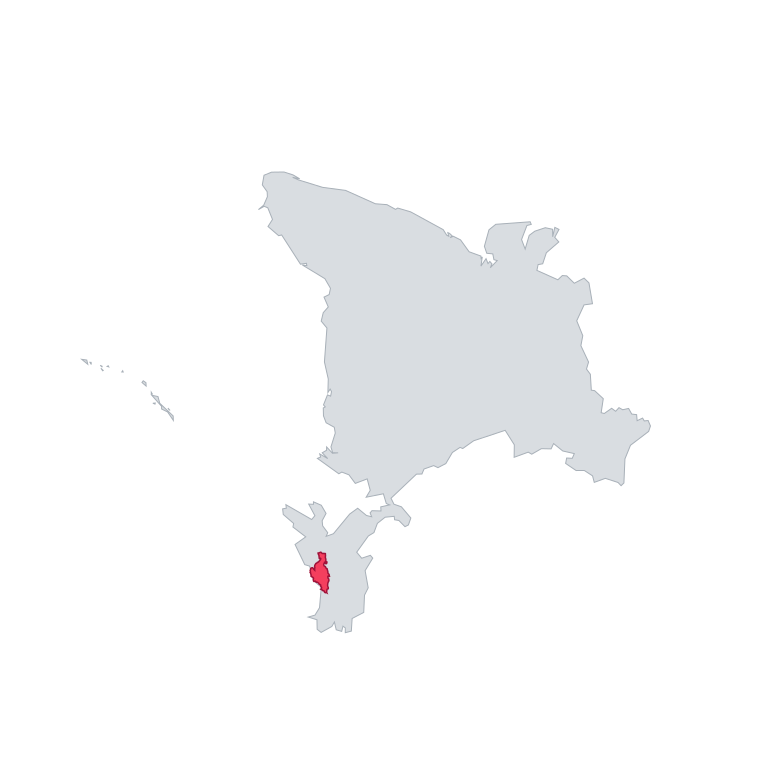 India, with Nagaland highlighted, rotated 130°
{"feature_id": "IND-2479", "entity_name": "Nagaland", "entity_type": "State", "adm_level": 1, "iso_a3": "IND", "parent_name": "India", "parent_adm1": "", "projection": "mercator", "projection_center": [94.35, 26.119], "detail": "fine", "context": "in_parent", "style": "filled", "palette": "rose", "viewbox_px": 768, "rotation_deg": 130, "n_neighbors": 0, "source": "natural_earth", "source_scale": "10m", "svg_char_len": 7240}
<svg xmlns="http://www.w3.org/2000/svg" viewBox="0 0 768 768"><g transform="rotate(130 384 384)"><path d="M153.1,349.3L161.9,347.5L162.8,341.4L179.1,344.0L189.9,339.7L193.5,342.7L198.7,339.9L192.4,317.8L186.3,317.1L183.7,313.5L184.5,303.0L174.3,298.8L174.8,292.0L188.5,275.9L194.8,281.6L211.7,277.0L219.2,262.8L228.1,257.8L235.7,241.4L242.4,238.5L243.9,232.2L255.5,221.2L253.7,218.4L254.3,206.6L266.4,199.2L265.0,196.3L256.3,194.0L256.0,189.0L251.1,188.8L250.3,184.6L245.5,180.9L247.8,174.9L245.1,170.8L249.4,166.5L243.9,164.0L245.0,160.9L242.2,158.2L244.9,152.9L250.2,150.8L272.5,155.8L286.5,151.3L305.6,136.6L309.5,137.0L309.0,141.4L314.0,153.8L324.2,159.7L320.3,165.2L321.5,175.0L326.8,181.2L328.1,193.8L323.3,196.5L319.9,192.0L315.0,193.5L320.4,204.0L320.6,215.8L326.3,214.3L332.4,221.9L342.8,225.7L343.5,229.7L356.5,237.2L346.8,245.1L341.6,261.4L369.8,278.8L382.8,282.2L383.7,285.0L392.5,287.6L405.2,285.5L413.4,288.9L414.6,293.5L423.4,298.7L428.6,297.1L432.2,301.2L467.0,305.2L469.7,299.1L466.9,291.8L469.4,277.3L476.3,274.7L479.8,276.2L479.0,284.9L481.2,288.6L478.8,291.1L485.3,297.5L495.0,299.5L504.3,296.2L510.5,298.3L530.4,296.8L531.8,289.1L524.0,284.3L524.6,280.7L539.1,278.5L550.3,265.1L558.3,263.2L572.0,252.7L584.1,257.7L594.3,250.2L599.4,253.8L595.7,256.9L595.9,259.8L600.7,257.4L603.0,262.6L598.2,269.0L603.3,268.1L614.7,272.5L614.9,277.5L607.7,283.8L611.2,292.2L605.4,288.3L596.8,289.6L580.0,301.4L580.0,311.2L571.3,323.9L573.3,328.6L564.1,349.0L551.4,345.7L552.1,361.8L548.9,363.6L548.7,377.3L544.8,381.4L541.9,379.0L539.5,381.6L534.3,352.3L529.3,352.3L524.4,364.5L521.5,360.7L519.6,362.3L517.2,354.1L520.4,345.2L528.5,343.5L532.1,339.8L534.1,331.5L537.9,330.4L531.2,326.5L505.7,326.7L496.1,324.3L496.0,312.9L493.6,308.1L491.7,311.8L488.8,311.8L483.2,304.7L480.2,307.5L473.0,302.0L474.1,305.4L468.5,313.9L482.2,324.9L474.3,326.2L467.5,335.9L478.6,342.1L476.1,352.5L478.6,359.7L481.8,360.9L483.8,387.2L480.7,385.6L478.9,388.3L477.3,379.2L476.4,387.1L471.7,385.4L469.1,387.5L470.2,378.9L466.2,374.9L469.6,379.2L466.3,384.2L452.9,389.8L449.1,394.3L450.9,403.4L447.3,409.9L441.4,415.1L439.3,414.3L438.9,416.9L428.7,420.3L427.6,417.1L423.6,419.3L422.5,422.0L426.6,421.5L416.0,429.9L405.4,443.8L377.8,463.7L376.2,472.5L368.4,476.4L360.8,476.2L356.0,485.8L350.7,483.5L345.1,486.5L341.3,497.0L345.3,523.0L342.9,519.2L341.4,521.0L345.9,525.0L335.6,558.2L338.1,560.0L337.9,574.1L329.6,575.2L323.7,586.3L324.9,590.0L331.1,592.3L324.3,591.1L315.5,593.7L311.8,597.1L309.7,605.2L301.2,610.1L294.0,606.3L285.9,596.9L282.3,588.1L281.0,580.5L284.4,586.8L282.6,580.6L272.8,557.4L260.4,537.9L251.5,506.5L244.7,497.0L242.8,487.4L240.4,486.6L235.0,474.2L227.7,437.9L229.7,431.6L229.2,429.4L227.0,432.4L226.5,430.6L226.7,427.0L229.4,427.3L226.3,425.9L224.4,418.0L228.0,403.8L223.7,392.0L225.4,390.3L223.5,390.4L231.4,385.5L222.4,386.4L224.9,381.7L222.1,381.7L222.6,378.5L226.6,377.3L216.7,376.6L218.1,379.7L214.4,384.3L217.8,389.3L214.0,395.6L198.4,402.7L189.8,401.0L165.8,376.3L167.1,373.8L170.7,376.4L184.9,371.5L189.9,362.6L176.8,368.3L170.0,366.7L160.6,360.9L157.1,354.3L162.8,349.4L154.2,353.8L153.1,349.3ZM541.9,554.6L538.9,549.1L542.9,543.4L544.0,525.0L547.3,522.0L544.5,531.8L546.1,538.3L544.1,540.0L541.9,554.6ZM559.3,623.6L559.4,631.4L556.7,627.1L559.3,623.6ZM538.4,570.4L536.3,570.5L536.0,567.2L538.5,564.9L538.4,570.4ZM552.2,611.1L552.1,613.4L551.6,611.3L552.2,611.1ZM554.7,608.0L553.9,611.0L554.1,607.8L554.7,608.0ZM557.2,620.8L556.4,623.2L555.7,622.3L557.2,620.8ZM543.3,592.6L541.8,592.7L542.5,591.5L543.3,592.6ZM541.4,555.7L539.9,557.0L540.6,555.0L541.4,555.7ZM546.6,546.5L547.3,548.7L545.6,547.0L546.6,546.5ZM548.5,607.4L547.3,607.0L547.8,605.8L548.5,607.4ZM542.0,531.7L541.3,534.1L541.7,531.5L542.0,531.7Z" fill="#d9dde1" stroke="#a8b0b8" stroke-width="1"/><path d="M581.9,300.5L581.7,300.4L581.5,300.1L581.2,300.1L580.8,300.6L580.7,300.7L580.5,300.8L580.2,300.9L580.0,301.0L579.9,301.1L579.8,301.7L579.8,301.9L579.8,302.0L579.7,302.2L579.5,302.4L579.1,303.0L578.8,303.2L578.6,303.5L578.6,303.8L578.9,304.4L579.0,304.7L579.0,305.0L578.7,305.6L578.6,306.1L578.6,306.8L578.7,307.5L578.9,308.1L579.0,308.2L579.3,308.3L579.4,308.5L579.2,308.7L579.2,308.9L579.3,310.1L579.6,310.3L580.1,310.5L580.3,310.7L580.3,311.0L580.2,311.4L579.7,312.0L579.0,312.7L578.7,312.9L578.1,313.1L578.0,313.3L577.9,313.7L577.8,314.0L578.2,315.8L578.2,316.2L578.1,316.5L577.9,316.6L577.6,316.7L577.3,316.9L575.9,319.0L575.7,319.1L575.6,319.3L575.7,319.5L575.3,319.6L575.1,319.7L574.9,320.0L574.5,320.6L574.2,320.8L573.9,320.9L573.4,321.0L573.1,321.1L572.6,321.5L572.4,321.6L571.9,321.5L571.6,321.4L570.9,320.9L570.7,320.7L570.6,320.3L570.9,319.3L571.0,319.0L571.1,318.6L571.1,318.0L571.2,317.7L571.2,317.4L571.1,317.5L569.9,318.5L569.7,318.7L569.0,319.0L568.8,319.2L568.5,319.8L568.2,320.0L567.9,320.2L567.3,320.5L566.1,320.7L565.4,320.8L565.2,320.8L565.1,320.7L564.9,320.6L564.7,320.4L564.1,320.4L563.9,320.4L563.6,320.4L563.4,320.4L563.2,320.3L562.9,320.0L562.8,319.9L562.5,319.8L562.0,319.8L561.7,319.9L561.0,319.7L559.0,319.9L558.6,320.0L558.4,320.3L558.3,320.6L558.8,320.9L559.0,320.9L559.1,321.1L559.2,321.3L559.2,321.5L557.7,323.1L557.3,323.4L557.0,323.7L557.0,323.8L557.0,324.0L556.6,324.9L556.0,325.6L556.0,325.8L555.9,325.9L555.7,325.8L555.6,325.7L555.4,325.4L555.3,325.2L555.1,325.1L554.9,325.1L554.6,325.0L554.4,324.9L554.2,324.7L553.9,324.6L553.7,324.5L553.5,324.3L553.4,324.2L553.5,323.8L553.5,323.5L553.5,323.1L553.5,322.8L553.5,322.5L553.4,322.4L553.3,322.1L553.2,321.9L553.1,321.7L552.9,321.6L552.7,321.5L552.6,321.4L552.5,321.2L552.4,321.0L552.3,320.9L552.2,320.8L552.1,320.7L551.9,320.4L551.7,320.2L551.6,319.9L551.8,319.7L552.3,319.3L552.9,318.6L553.8,318.0L554.6,317.4L555.5,316.1L555.8,315.8L557.3,314.5L557.5,314.3L557.5,314.2L557.4,314.0L557.2,313.8L557.1,313.6L557.0,313.3L557.1,313.2L557.3,313.1L557.8,312.9L558.1,312.7L558.3,312.6L558.5,312.6L558.9,312.8L559.0,312.9L559.1,313.1L559.1,313.4L559.1,313.6L559.1,313.8L559.0,314.0L558.9,314.2L558.6,314.5L558.5,314.8L558.8,314.9L559.0,314.8L559.5,314.6L560.3,314.5L560.6,314.4L561.1,314.1L561.3,313.9L561.7,313.3L561.8,313.1L561.9,312.9L561.8,312.5L561.7,312.3L561.7,312.2L561.6,311.9L561.6,311.4L561.7,311.2L561.8,311.0L562.0,310.9L562.1,310.7L562.3,309.6L562.3,309.4L562.1,309.0L562.2,308.9L562.2,308.7L563.7,306.6L564.2,306.0L564.7,305.7L564.8,305.6L564.9,305.3L565.0,304.9L565.1,304.0L565.2,303.7L565.4,303.4L566.0,302.7L566.4,302.1L566.7,302.3L566.7,302.6L566.8,303.1L567.0,303.3L567.3,303.4L567.6,303.3L567.8,303.1L568.0,302.9L568.2,302.6L568.4,302.5L568.8,301.9L568.8,301.6L568.8,301.4L568.8,301.2L569.4,300.5L569.5,300.2L569.8,300.0L570.0,299.9L570.2,300.0L570.4,299.9L570.5,299.8L570.7,299.6L570.8,299.5L571.4,299.5L572.7,299.0L573.0,298.8L574.2,298.0L574.8,297.5L575.3,296.8L575.7,296.0L575.9,295.7L576.4,295.3L576.5,295.2L576.8,295.1L577.2,295.4L577.4,295.5L577.6,295.6L577.9,295.6L578.2,295.5L578.4,295.4L580.3,294.2L580.5,294.0L580.6,293.8L580.7,293.6L580.8,294.2L580.9,294.3L581.1,294.3L581.3,294.4L581.5,294.7L581.6,294.9L581.7,295.2L581.6,295.9L581.6,296.0L581.4,296.3L581.2,296.5L581.1,297.0L581.2,297.4L581.5,297.7L581.6,297.8L581.5,298.5L581.5,298.8L581.5,299.0L581.8,299.9L581.9,300.4L581.9,300.5Z" fill="#f43f5e" stroke="#9f1239" stroke-width="1.5"/></g></svg>